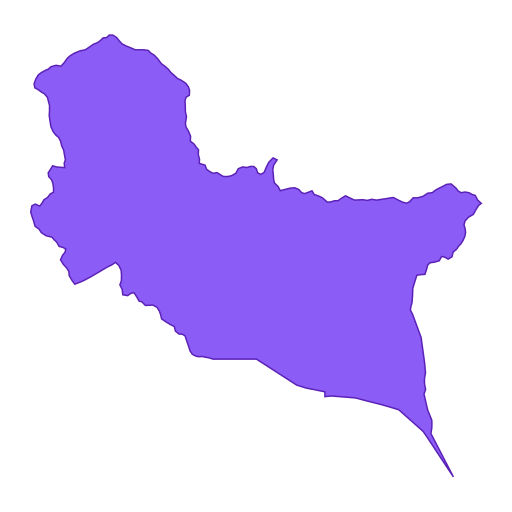 Cícero Dantas, Bahia, Brazil (Robinson projection)
{"feature_id": "56859067B8111110318306", "entity_name": "Cícero Dantas", "entity_type": "district", "adm_level": 2, "iso_a3": "BRA", "parent_name": "Brazil", "parent_adm1": "Bahia", "projection": "robinson", "projection_center": [-38.461, -10.521], "detail": "fine", "context": "isolated", "style": "filled", "palette": "violet", "viewbox_px": 512, "rotation_deg": 0, "n_neighbors": 0, "source": "geoboundaries", "source_scale": "gbopen_adm2", "svg_char_len": 3732}
<svg xmlns="http://www.w3.org/2000/svg" viewBox="0 0 512 512"><path d="M277.1,159.9L273.1,157.9L268.9,162.1L266.5,166.7L264.2,172.3L260.9,174.4L257.6,172.8L256.3,168.7L253.8,166.5L250.5,166.4L247.0,167.5L242.7,166.9L238.3,168.7L235.9,173.2L232.2,175.4L229.1,176.3L226.0,176.6L222.9,176.3L220.3,174.6L216.9,172.6L213.2,173.3L209.9,171.7L206.6,169.3L205.0,165.1L199.3,163.4L199.5,159.2L198.3,154.5L198.5,149.8L196.1,147.0L194.3,144.3L190.3,141.0L190.6,136.2L188.4,131.0L186.0,127.0L185.4,123.3L186.5,116.7L185.4,111.9L185.3,106.2L185.0,100.7L186.1,97.2L189.3,95.3L189.6,90.5L188.5,87.1L186.0,83.5L181.2,80.2L177.5,78.5L174.1,75.3L170.5,72.1L168.4,69.3L164.8,66.2L161.3,63.6L157.9,59.0L154.2,55.1L151.0,53.2L148.2,50.4L143.5,49.8L139.4,49.8L135.3,49.8L130.4,47.7L126.2,46.0L122.0,43.8L119.4,41.0L116.5,37.4L112.8,35.1L109.2,35.1L106.8,37.5L103.1,37.9L100.1,40.8L97.4,42.7L93.5,44.2L89.3,47.1L85.3,49.8L79.9,50.9L74.3,53.2L70.2,55.7L67.3,58.3L64.4,62.4L61.0,66.2L56.0,65.3L50.8,66.8L48.4,69.1L45.3,70.4L41.3,72.6L38.3,74.9L35.9,78.9L34.1,83.7L34.8,87.8L37.8,89.4L41.6,92.2L44.3,93.7L47.4,97.3L48.5,101.6L49.5,105.4L49.5,110.9L49.2,115.5L50.0,120.9L50.9,126.6L53.2,131.7L56.1,135.4L58.6,137.3L60.5,141.1L61.7,145.9L63.7,150.2L64.4,154.5L65.4,159.9L64.2,163.1L64.7,167.6L56.8,167.0L52.6,165.8L50.4,169.5L48.2,172.8L48.7,176.6L51.6,179.8L52.9,183.5L53.6,188.6L53.4,192.3L50.3,193.9L47.5,197.5L43.8,199.9L42.3,202.8L39.7,206.1L35.3,204.1L31.9,205.8L30.7,211.9L31.9,216.1L33.5,220.7L35.1,226.4L39.0,229.1L41.3,232.6L46.0,235.7L52.0,237.2L54.2,239.8L56.6,242.0L59.1,246.4L62.8,247.4L65.7,248.9L65.1,252.2L62.6,255.2L60.5,259.8L63.3,264.3L66.7,268.0L68.9,271.6L69.2,275.7L72.0,280.4L74.8,284.2L81.9,281.4L85.6,279.6L91.1,276.6L107.6,266.9L111.8,264.9L115.4,262.4L118.8,265.4L121.1,270.2L121.5,275.1L121.4,280.5L119.9,284.9L122.2,289.5L122.8,294.8L127.7,295.6L131.1,293.2L134.1,292.8L136.7,296.8L139.1,301.1L142.1,302.0L145.3,305.4L149.4,305.3L152.8,305.0L157.1,307.4L159.2,310.8L160.6,314.5L161.6,318.9L166.0,321.9L170.3,324.5L174.3,326.5L175.4,331.1L178.9,334.0L182.3,334.2L185.1,335.9L186.4,340.0L188.7,346.6L190.1,351.0L192.4,354.3L195.8,356.1L198.7,356.7L202.2,356.5L205.3,357.2L209.0,357.8L212.9,359.1L246.1,359.1L250.4,359.1L256.4,359.1L296.7,385.1L305.9,388.0L324.9,391.8L324.9,396.6L331.5,396.0L355.3,397.9L368.2,401.3L374.7,402.9L382.4,404.9L398.7,409.7L419.9,428.5L423.3,431.6L428.4,439.1L442.1,459.9L453.4,476.9L430.9,433.5L431.8,428.0L431.9,424.2L431.8,420.2L429.9,415.5L427.7,410.1L424.0,394.1L425.6,389.4L424.5,383.8L424.5,378.4L425.5,372.7L424.6,362.8L421.1,337.5L412.5,314.1L410.4,310.1L410.9,306.6L412.0,302.7L412.5,296.5L412.8,288.2L416.8,275.3L420.9,274.6L424.9,274.4L426.6,269.3L427.6,265.2L430.0,262.8L434.6,262.1L439.2,260.8L441.6,256.5L444.6,257.1L448.1,259.1L452.0,256.8L453.1,252.2L456.7,249.0L458.5,246.3L461.0,243.7L463.1,240.3L464.8,236.5L465.6,232.4L465.1,228.7L464.0,224.7L465.1,220.9L468.5,217.2L473.3,214.4L476.2,209.2L478.8,205.2L481.3,203.4L477.6,200.0L475.2,195.4L472.2,194.5L469.2,192.8L465.1,192.0L461.2,192.7L458.3,191.1L455.8,187.9L451.0,183.9L446.5,184.4L442.8,186.4L438.2,188.6L435.0,190.5L432.3,192.7L427.7,193.2L422.9,196.4L417.6,197.8L413.2,197.8L409.6,201.7L406.7,203.2L402.7,202.2L397.5,199.7L393.4,197.5L390.4,197.9L386.5,198.6L382.3,199.2L376.6,200.1L371.7,199.3L367.4,200.4L362.7,199.7L358.7,199.9L354.6,200.1L349.7,197.9L345.6,195.8L341.2,198.4L338.1,200.7L334.1,200.8L331.0,201.9L327.3,202.1L322.4,197.8L318.2,195.8L314.3,194.6L312.0,190.8L308.3,192.3L304.7,193.6L301.7,192.7L298.8,189.5L294.9,187.8L290.4,188.1L286.7,189.0L283.3,189.9L280.3,190.7L278.1,186.5L274.4,182.9L273.6,179.1L273.4,175.6L272.8,169.8L273.6,165.2L277.1,159.9Z" fill="#8b5cf6" stroke="#5b21b6" stroke-width="1.5"/></svg>